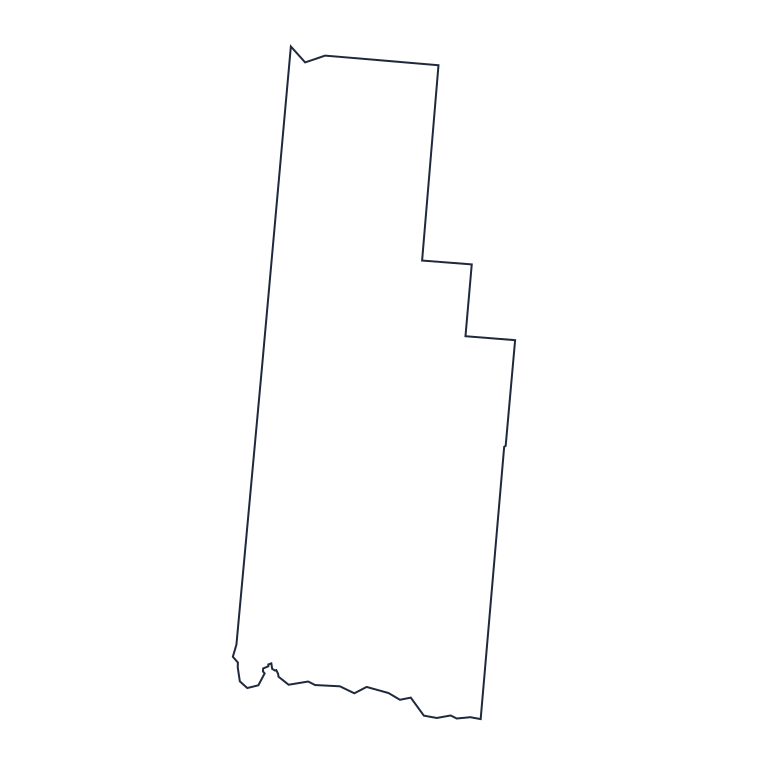 outline of Jefferson, Oregon, United States of America, rotated 275°
{"feature_id": "52423323B2409087912317", "entity_name": "Jefferson", "entity_type": "district", "adm_level": 2, "iso_a3": "USA", "parent_name": "United States of America", "parent_adm1": "Oregon", "projection": "equal_earth", "projection_center": [-121.528, 44.61], "detail": "fine", "context": "isolated", "style": "outline", "palette": "slate", "viewbox_px": 768, "rotation_deg": 275, "n_neighbors": 0, "source": "geoboundaries", "source_scale": "gbopen_adm2", "svg_char_len": 697}
<svg xmlns="http://www.w3.org/2000/svg" viewBox="0 0 768 768"><g transform="rotate(275 384 384)"><path d="M78.1,341.6L79.0,366.4L73.3,381.4L80.7,393.1L76.5,415.5L70.8,427.4L73.9,438.0L57.1,452.6L55.9,465.7L59.6,479.3L57.1,485.6L59.6,499.1L58.6,509.5L331.9,509.2L333.0,510.6L386.1,510.7L439.1,510.8L438.7,461.0L510.8,461.0L510.3,411.2L706.3,410.5L706.0,296.7L697.5,277.4L712.1,261.8L470.6,261.2L393.5,261.0L111.5,259.7L99.1,257.2L93.8,262.7L88.9,263.0L75.2,266.3L69.2,274.3L72.9,285.1L85.3,290.3L87.1,288.5L90.1,288.4L92.7,293.4L94.5,293.2L95.9,296.1L90.5,297.4L89.0,300.4L89.6,301.6L85.9,303.8L83.2,304.4L76.1,315.2L81.0,334.4L78.1,341.6Z" fill="none" stroke="#1e293b" stroke-width="2"/></g></svg>